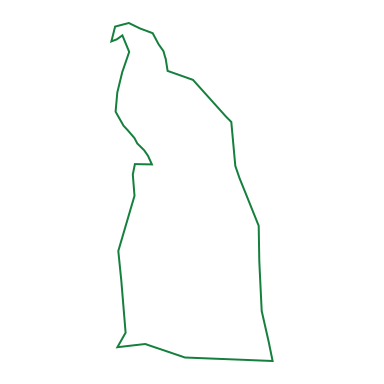 the district of Onna, Akwa Ibom, Nigeria
{"feature_id": "59680162B70948216254513", "entity_name": "Onna", "entity_type": "district", "adm_level": 2, "iso_a3": "NGA", "parent_name": "Nigeria", "parent_adm1": "Akwa Ibom", "projection": "equal_earth", "projection_center": [7.835, 4.644], "detail": "fine", "context": "isolated", "style": "outline", "palette": "green", "viewbox_px": 384, "rotation_deg": 0, "n_neighbors": 0, "source": "geoboundaries", "source_scale": "gbopen_adm2", "svg_char_len": 650}
<svg xmlns="http://www.w3.org/2000/svg" viewBox="0 0 384 384"><path d="M272.6,361.0L268.8,342.3L261.7,311.0L259.3,261.5L258.7,225.8L245.8,193.7L239.5,178.1L235.3,165.9L231.3,122.0L225.9,116.5L193.0,79.9L167.6,70.9L165.7,58.8L164.9,56.4L163.5,51.2L158.6,44.3L152.7,33.2L140.1,28.5L128.8,23.0L115.1,26.6L111.4,41.4L116.7,39.4L122.4,35.4L129.2,51.9L123.1,69.7L122.3,71.9L117.3,92.5L115.6,111.7L123.5,125.7L127.6,130.1L134.4,138.0L137.3,143.5L144.1,150.2L148.0,155.8L151.9,164.4L134.9,164.1L132.8,174.5L134.5,195.8L118.3,251.0L121.3,280.6L125.6,332.7L117.4,347.2L145.1,344.0L184.9,357.5L272.6,361.0Z" fill="none" stroke="#15803d" stroke-width="2"/></svg>